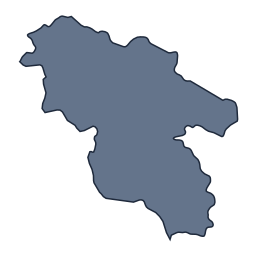 an SVG outline of L'Aquila, rotated 181°
{"feature_id": "ITA-5420", "entity_name": "L'Aquila", "entity_type": "Province", "adm_level": 1, "iso_a3": "ITA", "parent_name": "Italy", "parent_adm1": "", "projection": "albers", "projection_center": [13.512, 42.145], "detail": "fine", "context": "isolated", "style": "filled", "palette": "slate", "viewbox_px": 256, "rotation_deg": 181, "n_neighbors": 0, "source": "natural_earth", "source_scale": "10m", "svg_char_len": 3953}
<svg xmlns="http://www.w3.org/2000/svg" viewBox="0 0 256 256"><g transform="rotate(181 128 128)"><path d="M84.0,17.3L87.7,24.1L91.4,35.2L94.8,40.1L98.8,44.0L106.5,47.9L108.2,49.4L109.1,51.0L110.5,54.6L111.8,55.9L113.6,56.4L115.4,56.2L121.2,54.0L148.7,57.3L151.4,59.0L153.5,61.6L155.3,63.3L161.0,72.6L161.5,74.8L161.7,79.9L163.2,85.9L166.0,92.0L167.6,98.0L165.7,103.6L164.5,103.8L163.1,103.2L161.9,103.4L160.8,106.4L159.9,111.2L160.0,112.7L160.4,113.9L161.4,115.8L161.5,117.2L161.2,118.7L160.6,119.4L159.8,119.9L159.0,120.8L158.3,123.9L159.1,126.6L160.9,128.6L163.0,129.2L171.6,124.7L175.9,123.7L179.2,127.0L181.0,129.8L188.7,134.5L193.8,142.9L196.2,144.7L199.3,144.8L211.2,142.0L214.2,146.0L213.7,151.0L211.7,156.4L210.6,161.7L213.2,170.4L213.6,175.1L210.8,177.6L212.1,180.2L214.1,186.5L215.2,188.7L217.2,189.6L231.1,187.9L234.0,189.2L237.4,192.4L237.1,192.7L235.4,196.3L234.8,197.3L234.3,197.9L230.7,201.6L229.5,201.6L225.1,201.1L224.1,201.7L223.1,202.8L221.8,205.4L221.7,206.7L222.0,207.7L223.2,209.1L223.9,210.2L224.5,211.4L225.1,213.3L225.4,214.0L226.3,215.3L226.8,215.9L228.9,217.3L229.4,217.8L229.8,218.3L230.0,218.8L230.0,219.4L229.3,220.1L227.9,220.8L224.1,222.1L221.3,223.5L216.8,226.5L214.2,229.4L213.5,229.8L212.1,229.5L209.8,228.0L208.8,228.0L207.7,228.5L206.2,230.2L202.7,234.7L201.9,235.3L198.8,237.2L197.8,238.1L196.6,238.6L195.4,238.7L190.0,237.5L186.6,238.5L176.8,230.0L173.4,228.3L170.9,228.4L168.0,227.5L165.8,226.4L162.2,223.8L160.4,223.0L159.1,222.8L158.5,223.2L157.9,223.8L156.9,224.1L155.5,224.3L152.8,223.9L151.2,223.2L150.2,222.6L149.7,221.9L149.3,221.1L148.6,219.7L147.6,216.4L147.1,215.4L146.3,214.4L144.8,212.9L134.2,209.3L132.5,209.1L131.8,209.4L131.1,209.7L129.9,210.8L126.9,214.5L124.0,217.0L120.3,218.9L117.4,219.3L114.3,219.3L112.6,219.1L111.4,218.7L110.7,218.3L110.1,217.7L109.6,217.1L109.2,216.4L108.9,215.7L108.6,214.9L107.8,213.8L106.4,212.6L89.0,204.0L88.1,203.9L87.1,203.9L86.3,204.0L84.0,204.6L82.1,204.9L81.1,204.7L80.4,204.2L80.1,203.4L79.9,202.6L79.7,201.6L79.7,200.6L80.1,194.3L80.3,193.4L80.6,192.6L82.2,189.6L82.5,188.7L82.7,187.7L82.7,186.7L82.5,185.6L81.6,184.4L79.7,182.8L77.6,182.0L75.7,180.9L73.2,177.5L72.3,176.8L71.3,176.3L69.8,176.0L69.4,176.0L66.6,176.1L33.7,157.4L32.9,157.6L32.3,158.1L31.1,158.5L29.2,158.5L25.1,157.4L22.8,156.3L21.4,155.3L20.9,154.5L20.6,153.8L19.5,150.6L19.4,149.8L18.6,139.1L18.6,138.3L18.9,136.8L21.7,135.1L21.9,135.0L25.6,132.7L29.6,128.9L30.3,127.9L30.8,127.1L31.1,126.4L31.8,123.8L32.6,121.8L33.4,121.2L34.2,121.1L42.0,124.8L47.5,126.2L50.4,127.8L53.7,130.3L54.7,130.8L56.0,131.4L58.4,132.0L59.8,132.0L60.8,131.7L62.2,130.4L63.2,129.7L63.9,129.8L65.8,130.9L67.5,131.4L68.6,131.4L69.4,131.0L70.1,130.5L70.6,130.0L71.1,129.3L71.4,128.6L71.5,127.8L71.3,127.1L70.6,125.7L70.4,124.9L70.6,123.8L71.2,122.7L73.4,121.5L80.1,120.0L81.7,119.3L82.4,118.5L82.0,117.8L81.4,117.4L80.5,117.1L79.6,116.9L76.6,116.9L74.7,116.5L73.9,116.1L73.3,115.6L72.9,114.9L72.6,114.1L72.2,112.4L72.0,111.5L71.7,110.8L71.2,110.3L70.8,109.9L70.3,109.6L66.9,108.8L66.1,108.4L65.4,107.9L64.9,107.3L64.4,106.7L62.3,102.4L61.9,101.7L61.4,101.1L57.9,98.0L57.4,97.4L56.6,95.9L56.0,94.3L55.6,92.6L55.1,88.9L54.8,88.1L54.4,87.4L53.6,86.1L52.4,85.0L50.6,83.5L45.9,81.3L45.4,80.7L44.9,79.8L44.7,78.7L44.6,76.6L44.7,75.5L45.3,74.3L48.1,69.5L48.7,67.7L48.7,66.4L48.2,65.9L47.5,65.4L44.2,64.2L42.8,63.2L42.2,62.7L41.2,61.5L40.5,60.0L40.2,58.9L40.0,57.6L39.8,55.4L40.1,54.1L40.4,53.1L40.9,52.5L43.5,50.7L44.3,50.0L45.1,49.0L46.3,47.0L46.7,45.7L46.7,44.6L46.4,43.0L46.3,42.5L46.4,41.0L46.4,40.1L46.1,39.3L45.8,38.6L45.2,37.9L44.7,37.4L42.7,36.0L42.1,35.3L41.6,34.4L41.2,33.0L41.3,32.0L41.7,31.2L42.3,30.8L43.1,30.5L46.0,30.2L47.0,29.8L48.1,28.4L48.6,26.6L49.1,23.5L49.6,22.1L50.2,21.2L51.0,21.1L52.0,21.1L53.8,21.5L56.3,22.5L58.2,22.9L63.2,23.0L64.1,23.2L65.7,23.9L66.4,24.3L68.0,24.8L69.0,24.9L71.6,24.4L75.5,24.7L76.5,24.5L77.3,24.3L82.8,21.6L84.0,17.3Z" fill="#64748b" stroke="#1e293b" stroke-width="1.5"/></g></svg>